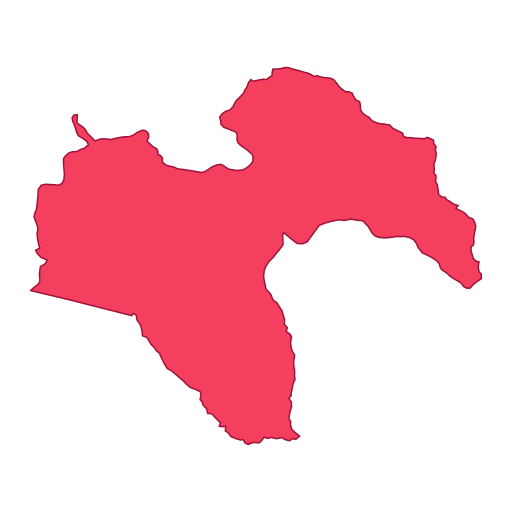 Corumbá de Goiás, Goiás, Brazil
{"feature_id": "56859067B32430674768714", "entity_name": "Corumbá de Goiás", "entity_type": "district", "adm_level": 2, "iso_a3": "BRA", "parent_name": "Brazil", "parent_adm1": "Goiás", "projection": "mercator", "projection_center": [-48.655, -15.953], "detail": "fine", "context": "isolated", "style": "filled", "palette": "rose", "viewbox_px": 512, "rotation_deg": 0, "n_neighbors": 0, "source": "geoboundaries", "source_scale": "gbopen_adm2", "svg_char_len": 4777}
<svg xmlns="http://www.w3.org/2000/svg" viewBox="0 0 512 512"><path d="M299.6,436.2L295.5,432.8L292.0,429.7L290.5,424.8L290.6,421.5L288.9,418.5L289.4,415.0L290.0,411.8L291.6,406.5L291.4,402.1L288.9,398.4L291.1,395.6L291.3,392.2L292.0,389.5L292.5,386.6L293.3,383.0L295.0,379.7L294.5,375.1L294.7,371.0L293.7,365.1L293.7,360.9L294.7,355.3L292.3,351.3L291.2,347.7L290.7,344.4L290.7,340.9L291.6,337.2L290.0,334.1L286.2,331.5L287.3,327.6L284.3,324.2L284.6,319.9L283.2,314.9L281.9,310.6L279.2,306.6L277.0,302.8L273.1,300.1L270.7,294.2L266.0,289.0L264.6,282.6L263.6,276.9L264.1,271.0L266.0,266.0L269.1,261.3L273.3,257.3L276.4,253.2L278.7,250.6L283.0,244.9L282.9,239.5L282.5,235.7L283.8,232.6L290.3,238.2L297.0,243.4L302.5,243.8L307.1,241.9L319.3,225.3L325.6,222.9L331.2,221.4L338.9,219.8L344.4,220.5L350.9,219.1L357.5,220.3L362.9,220.8L368.5,226.8L371.9,232.8L374.8,235.8L378.6,237.3L383.9,237.9L389.2,237.6L396.0,236.6L401.1,236.6L404.4,236.4L409.9,237.6L414.0,240.0L416.4,243.5L418.1,247.4L420.7,250.9L422.7,253.1L427.0,255.0L431.9,257.6L435.1,259.7L437.2,261.3L439.4,264.1L440.1,267.1L441.6,269.6L446.8,273.1L450.0,276.1L453.5,278.5L456.8,280.4L461.4,283.3L463.6,286.6L466.8,288.2L470.1,288.1L472.9,284.9L477.0,281.6L481.3,278.8L481.3,274.3L479.0,271.5L478.3,267.6L478.5,264.7L479.0,261.8L475.8,261.1L473.3,258.5L471.0,250.7L471.2,246.9L473.5,244.9L474.0,241.7L473.6,238.1L474.2,234.7L475.8,226.2L474.6,222.2L473.0,219.1L468.6,217.3L465.3,213.6L461.4,211.0L458.5,209.8L455.8,208.2L458.1,205.6L453.3,204.0L449.3,201.1L446.7,199.7L445.0,197.2L442.2,197.1L438.7,194.7L438.4,191.6L437.9,188.8L437.3,184.7L435.5,181.4L436.0,178.4L435.9,175.4L433.9,173.1L434.3,169.4L433.9,164.1L435.2,160.6L435.8,157.7L436.2,153.5L435.4,149.6L436.1,146.7L433.8,143.7L433.5,140.1L427.5,137.3L424.6,138.6L421.8,138.6L418.1,138.3L415.0,138.3L411.5,137.7L407.2,137.7L403.8,136.6L402.3,133.0L399.0,131.3L394.6,129.2L392.2,127.8L389.8,125.0L387.2,124.8L384.4,124.0L380.1,123.8L376.0,122.5L373.0,121.3L370.7,119.4L369.0,117.3L366.4,116.0L362.9,113.3L360.7,110.2L360.3,105.0L359.6,101.7L355.8,99.9L353.3,95.9L352.2,93.2L348.5,91.7L345.4,91.7L342.4,89.4L339.1,86.7L337.0,83.6L334.0,79.9L330.9,78.3L328.0,77.9L325.2,77.7L321.7,77.2L317.0,75.7L314.2,76.5L308.8,73.4L304.5,72.3L300.6,71.2L296.5,70.0L292.1,68.9L288.3,67.6L285.1,67.5L280.0,68.8L276.0,69.1L272.9,69.1L272.1,72.6L272.2,75.3L268.7,77.9L266.1,79.6L263.2,79.2L259.3,79.9L256.2,80.6L253.3,81.2L250.8,79.6L248.3,82.9L247.0,87.0L244.9,90.0L243.8,92.8L239.3,97.7L237.0,99.8L235.2,102.1L233.4,106.0L230.1,109.9L225.7,111.3L222.4,113.5L219.6,117.2L220.6,120.7L221.1,124.4L223.9,127.4L228.5,129.0L231.4,130.4L234.7,131.5L236.7,133.2L237.3,135.8L236.9,138.9L237.7,142.5L240.2,145.0L244.5,148.1L246.9,149.7L249.7,152.3L251.9,154.0L253.0,156.9L252.9,161.0L251.5,163.3L249.3,165.7L247.2,167.5L243.2,169.8L237.0,170.5L228.4,169.1L224.5,166.3L221.3,164.4L217.2,164.8L211.9,167.0L208.3,169.5L204.9,171.7L201.4,172.5L196.5,171.6L187.2,170.1L183.2,169.4L179.4,169.1L176.8,168.5L173.6,166.9L169.6,166.2L166.0,165.1L162.5,162.2L162.4,158.0L160.5,155.5L157.9,154.3L157.9,151.5L156.8,148.9L153.0,146.7L149.9,143.8L147.0,141.3L148.7,137.1L148.3,133.4L145.8,130.9L142.8,130.1L138.3,131.8L132.8,135.4L129.3,136.6L122.3,137.0L116.6,138.1L110.8,139.5L107.1,139.1L104.0,138.8L101.0,138.9L98.0,139.8L95.0,141.0L91.2,137.1L87.3,133.2L85.2,129.3L82.9,127.1L80.7,125.6L76.9,122.9L77.4,114.7L73.8,115.1L72.1,117.9L72.9,121.8L74.1,124.3L75.2,127.4L76.1,130.5L77.0,133.2L78.8,136.1L82.2,137.9L86.9,141.4L88.5,144.8L84.0,148.5L80.6,149.4L77.0,151.5L72.4,151.8L69.3,152.7L67.3,154.3L65.3,156.1L63.5,158.7L63.5,163.7L64.4,174.4L63.9,179.5L62.2,183.3L58.8,185.2L53.6,184.7L48.8,184.5L46.0,184.2L41.3,185.2L38.3,189.4L38.0,193.9L37.9,196.7L37.4,200.7L37.0,205.6L36.4,209.5L35.1,212.3L34.0,216.6L35.1,220.0L37.0,224.7L37.9,229.1L37.1,233.0L37.4,237.6L38.6,244.4L39.8,248.1L35.7,250.2L36.8,252.9L41.0,257.4L44.3,258.8L47.2,260.1L45.1,263.8L40.4,266.6L39.4,274.2L39.8,278.9L39.7,281.8L38.0,284.4L32.7,288.5L30.7,290.6L73.0,300.7L90.2,305.1L131.6,315.6L133.6,313.3L136.3,315.3L136.9,319.8L140.0,324.2L141.2,327.2L142.2,332.4L142.5,335.8L146.7,337.3L148.6,340.0L151.1,344.5L154.0,347.2L156.7,351.1L159.5,353.2L160.5,355.9L164.6,364.2L167.3,368.5L171.3,370.7L174.2,373.1L181.3,379.2L183.8,381.4L186.7,384.5L190.3,387.5L195.8,389.5L200.5,391.9L200.9,395.6L200.1,399.7L202.2,401.9L203.2,405.4L206.7,408.8L207.6,413.4L211.9,413.8L214.9,417.2L220.5,422.9L219.3,426.3L222.4,426.7L225.7,426.4L225.3,430.9L228.4,433.0L230.7,436.4L235.9,438.6L240.4,440.0L243.4,439.6L244.8,442.8L248.2,444.5L253.0,442.5L259.2,442.8L261.2,441.1L264.0,437.2L267.7,438.4L271.3,437.4L276.6,438.7L282.0,437.6L284.6,439.4L289.3,440.8L292.8,438.7L295.8,439.3L299.6,436.2Z" fill="#f43f5e" stroke="#9f1239" stroke-width="1.5"/></svg>